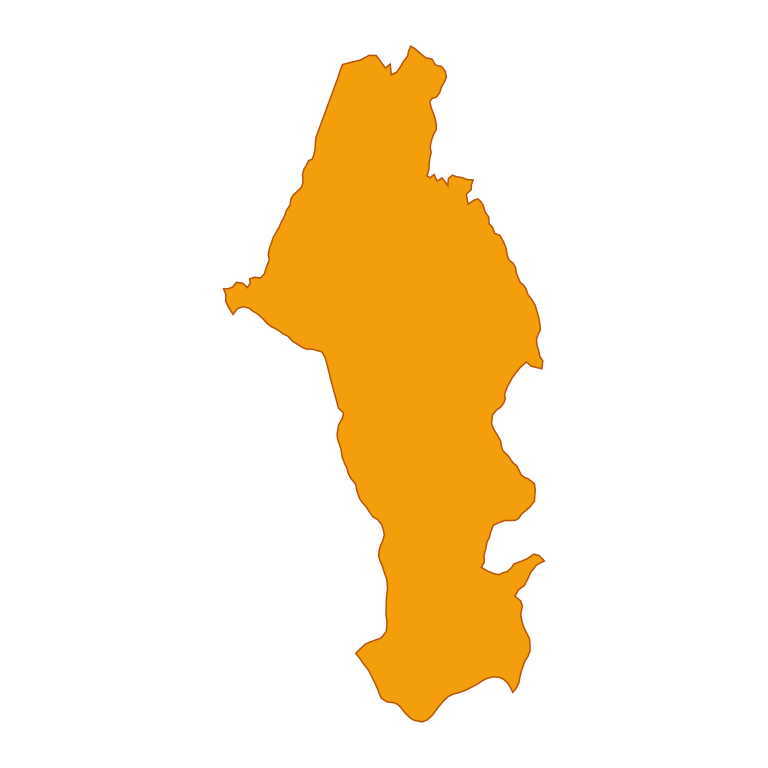 outline of Dois Córregos, São Paulo, Brazil
{"feature_id": "56859067B70309035872749", "entity_name": "Dois Córregos", "entity_type": "district", "adm_level": 2, "iso_a3": "BRA", "parent_name": "Brazil", "parent_adm1": "São Paulo", "projection": "natural_earth1", "projection_center": [-48.333, -22.403], "detail": "fine", "context": "isolated", "style": "filled", "palette": "amber", "viewbox_px": 768, "rotation_deg": 0, "n_neighbors": 0, "source": "geoboundaries", "source_scale": "gbopen_adm2", "svg_char_len": 3918}
<svg xmlns="http://www.w3.org/2000/svg" viewBox="0 0 768 768"><path d="M512.8,692.4L516.0,688.6L518.8,683.0L520.0,676.6L521.6,670.3L525.1,660.8L527.9,656.5L530.0,651.0L530.0,645.7L529.5,638.6L526.8,633.4L523.9,627.5L521.9,621.4L520.7,614.1L522.4,606.2L520.5,600.8L515.0,596.2L518.6,589.6L524.3,585.7L527.9,578.6L530.6,572.5L536.6,565.0L540.8,562.7L544.4,561.0L539.1,555.5L533.9,554.1L526.9,558.9L520.7,561.5L513.9,563.9L511.1,568.1L507.2,571.5L502.5,572.9L498.9,574.6L494.1,573.8L487.7,571.1L481.3,567.3L484.3,562.3L484.0,555.6L485.7,549.2L487.1,541.7L489.3,537.9L490.5,532.7L493.3,525.3L499.9,522.2L505.3,520.5L510.0,520.5L515.4,520.3L518.7,518.4L521.3,514.3L524.6,511.5L529.5,507.4L534.5,501.2L534.8,495.3L535.3,489.8L534.4,483.6L527.9,478.7L524.1,477.2L520.9,474.6L519.1,470.3L516.9,466.0L512.9,462.6L510.4,459.1L508.1,455.7L502.9,450.8L501.5,446.2L500.7,441.2L497.5,435.2L493.9,429.6L491.5,423.6L492.5,415.1L496.5,410.1L501.0,406.8L503.7,403.1L505.3,398.9L504.5,394.5L507.5,386.4L512.1,378.1L516.5,372.0L520.3,367.4L526.5,362.0L531.2,366.2L541.9,368.8L542.8,360.7L540.0,356.9L538.5,349.8L536.9,345.3L536.5,339.0L538.1,334.4L540.4,329.8L540.0,324.8L538.9,318.2L536.9,311.0L535.1,305.1L531.7,299.3L528.1,294.9L525.9,288.6L523.5,285.0L520.3,282.6L518.5,278.4L516.5,273.6L515.5,267.4L513.1,263.3L509.1,260.1L507.3,255.5L505.9,247.5L503.3,241.4L499.9,235.3L494.7,233.4L492.6,227.4L489.1,223.8L488.8,217.2L484.9,211.5L483.4,205.7L481.1,201.9L477.9,198.9L473.6,200.3L468.1,204.2L466.3,194.3L471.2,189.6L471.3,185.0L473.2,180.0L467.2,179.6L462.1,177.6L456.4,176.7L452.5,175.1L448.4,178.4L447.8,185.6L445.4,182.0L442.0,177.9L437.1,181.1L434.0,174.4L430.4,177.6L427.0,176.0L429.0,169.2L429.2,162.9L430.0,157.5L431.2,152.5L430.2,147.0L431.2,141.4L433.5,134.6L436.3,129.4L436.4,124.8L435.0,118.3L432.9,112.2L431.1,107.4L429.8,101.7L432.1,98.4L436.4,97.2L439.5,92.9L441.6,86.7L444.2,82.3L446.4,77.4L445.2,71.2L441.6,66.5L435.6,65.1L432.0,59.1L425.6,57.7L419.6,52.8L415.2,48.9L410.8,46.1L408.6,51.1L407.6,56.0L403.4,61.5L400.2,67.2L396.4,72.4L391.3,74.7L390.2,64.1L385.4,68.0L381.0,62.0L376.2,55.5L369.0,55.4L360.2,60.1L352.9,61.8L342.6,64.5L340.5,69.6L337.6,78.5L316.0,137.3L315.4,142.2L315.0,149.8L313.7,155.3L312.2,159.2L308.5,160.7L306.1,165.6L303.9,169.2L302.5,174.6L303.0,182.3L301.5,187.2L296.6,192.0L293.3,194.9L290.9,198.7L290.1,204.8L286.3,210.8L284.1,217.1L281.7,221.2L279.1,227.0L276.1,232.3L273.1,237.6L271.4,243.2L269.6,247.9L268.2,254.3L269.3,259.8L267.5,264.4L265.9,268.6L264.4,273.8L260.4,278.1L254.7,277.2L249.6,278.8L250.2,283.4L247.3,287.6L242.9,283.2L236.4,282.3L232.5,287.2L228.1,288.7L223.6,288.9L225.8,294.6L225.7,301.3L228.3,306.9L233.0,314.4L237.6,308.6L243.1,306.7L248.9,308.1L252.9,311.2L257.4,313.8L262.5,318.4L267.6,323.9L271.4,326.7L275.3,328.6L278.8,330.6L283.0,333.8L288.0,336.3L292.7,341.3L299.3,345.5L302.7,347.7L306.5,349.1L312.1,349.2L321.9,351.9L325.1,357.4L327.1,364.6L329.5,374.4L330.6,379.1L338.5,408.2L343.5,412.9L342.6,417.7L338.6,424.9L337.1,434.3L337.5,438.7L341.1,449.5L342.2,457.0L345.0,464.4L346.9,468.2L348.1,473.1L351.0,478.6L355.5,483.9L356.9,490.8L359.3,498.0L361.9,502.1L365.8,506.5L370.0,512.7L373.1,517.0L377.7,519.6L381.8,524.8L383.6,530.5L384.3,535.1L382.8,540.8L380.5,545.3L379.1,550.5L378.6,556.2L380.5,562.0L382.4,566.1L384.3,572.5L386.8,579.3L387.5,588.1L386.7,595.7L386.2,602.9L386.2,608.4L386.0,615.0L386.8,619.4L387.0,624.8L386.2,631.5L381.0,638.1L375.2,640.1L369.5,642.2L365.3,644.2L359.9,649.1L355.7,653.4L359.7,658.2L362.7,662.7L368.9,670.8L375.1,683.4L377.4,688.6L381.0,697.9L386.7,701.8L394.5,702.9L398.0,704.6L401.0,707.6L405.4,713.4L410.8,718.4L414.2,720.3L422.2,721.9L427.2,719.9L432.8,714.8L436.2,710.0L438.9,706.4L441.8,702.9L444.5,700.0L448.2,696.5L453.7,693.9L458.9,692.7L466.1,690.0L477.9,683.9L482.2,680.8L487.1,678.4L492.9,676.9L498.9,677.2L503.4,679.1L507.5,682.9L510.3,687.2L512.8,692.4Z" fill="#f59e0b" stroke="#b45309" stroke-width="1.5"/></svg>